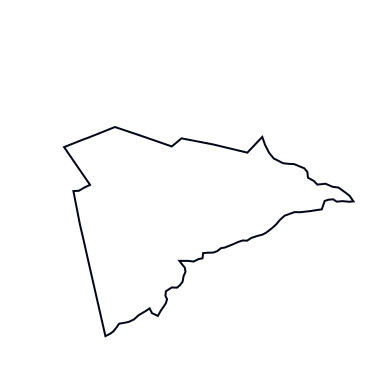 outline of Novo Lino, Alagoas, Brazil, rotated 64°
{"feature_id": "56859067B37375587715477", "entity_name": "Novo Lino", "entity_type": "district", "adm_level": 2, "iso_a3": "BRA", "parent_name": "Brazil", "parent_adm1": "Alagoas", "projection": "robinson", "projection_center": [-35.6, -8.946], "detail": "fine", "context": "isolated", "style": "outline", "palette": "ink", "viewbox_px": 384, "rotation_deg": 64, "n_neighbors": 0, "source": "geoboundaries", "source_scale": "gbopen_adm2", "svg_char_len": 1325}
<svg xmlns="http://www.w3.org/2000/svg" viewBox="0 0 384 384"><g transform="rotate(64 192 192)"><path d="M258.7,54.9L252.2,58.4L249.0,63.3L243.1,68.4L240.3,76.1L235.6,77.6L229.9,81.5L224.6,79.5L219.9,80.7L211.6,88.1L209.3,92.4L206.0,97.6L201.4,101.0L197.8,103.8L190.8,105.5L181.8,105.7L173.3,104.7L180.9,125.0L158.8,151.8L139.2,177.9L142.2,190.2L120.0,212.3L99.8,232.8L97.7,261.6L97.0,268.2L95.6,287.3L140.9,280.5L140.8,286.7L141.3,293.1L139.2,298.2L172.2,307.0L186.3,310.2L192.7,311.7L206.6,315.0L283.6,333.0L283.5,327.4L282.7,323.5L280.4,318.8L278.4,315.3L280.0,309.8L281.0,306.0L281.1,300.2L279.3,293.7L278.7,285.8L278.0,281.1L283.3,281.1L288.4,277.0L285.0,272.1L282.8,268.1L280.4,264.1L277.4,261.4L273.7,261.4L269.8,259.0L268.9,252.1L271.4,247.4L270.4,243.4L268.4,239.7L264.0,236.5L260.9,232.9L257.1,231.6L253.3,232.5L248.4,233.5L252.0,226.0L255.2,221.0L255.2,215.7L256.2,211.6L251.8,208.8L253.4,204.6L255.8,199.4L256.2,195.1L255.2,190.6L256.3,186.8L256.7,182.0L257.0,177.3L257.1,172.7L257.8,167.7L259.9,163.8L259.3,158.9L260.1,152.7L261.2,147.5L261.1,143.3L259.8,137.0L258.2,131.0L255.6,125.2L253.9,119.2L255.0,108.7L257.6,103.6L260.9,94.4L262.9,87.9L264.5,83.0L258.2,76.6L258.8,72.5L260.5,68.3L264.1,66.2L266.2,60.7L269.7,55.0L271.2,51.0L264.6,52.0L258.7,54.9Z" fill="none" stroke="#020617" stroke-width="2"/></g></svg>